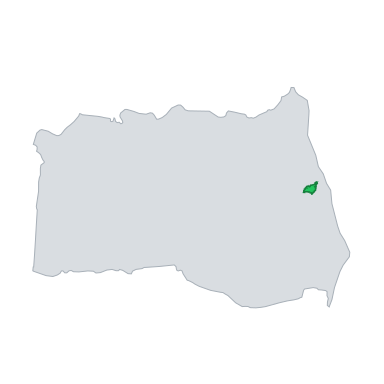 location of Agona West Municipal, Central, Ghana, rotated 274°
{"feature_id": "2480657B39435178884870", "entity_name": "Agona West Municipal", "entity_type": "district", "adm_level": 2, "iso_a3": "GHA", "parent_name": "Ghana", "parent_adm1": "Central", "projection": "albers", "projection_center": [-0.776, 5.629], "detail": "fine", "context": "in_parent", "style": "filled", "palette": "green", "viewbox_px": 384, "rotation_deg": 274, "n_neighbors": 0, "source": "geoboundaries", "source_scale": "gbopen_adm2", "svg_char_len": 5158}
<svg xmlns="http://www.w3.org/2000/svg" viewBox="0 0 384 384"><g transform="rotate(274 192 192)"><path d="M239.9,33.0L243.1,36.0L243.8,37.7L242.6,44.3L240.3,48.8L238.8,53.1L239.0,55.2L240.4,57.4L245.3,60.7L247.8,62.9L250.7,66.2L254.1,69.5L259.9,73.7L262.3,74.4L262.2,75.6L261.4,77.2L260.9,92.9L260.5,96.9L260.1,99.0L259.6,104.9L258.9,105.7L257.8,105.6L256.8,105.9L256.6,107.0L257.0,108.2L260.5,109.1L259.7,110.0L257.1,110.8L256.0,112.5L256.5,114.5L255.1,116.2L255.5,117.3L256.4,118.1L257.9,117.8L261.9,115.0L263.6,114.7L265.8,115.3L269.7,119.4L269.8,121.4L268.3,128.4L266.7,133.7L266.4,140.8L268.1,144.8L267.9,147.0L266.1,148.9L262.1,151.7L262.4,153.6L264.2,157.1L267.6,161.0L274.3,165.8L277.8,172.1L277.9,174.6L275.9,177.2L273.5,179.4L272.7,182.6L273.8,203.7L268.6,212.9L268.5,215.5L269.1,218.5L270.5,220.4L273.2,220.9L275.4,222.6L274.6,229.0L273.5,235.6L273.3,238.8L272.6,240.3L270.6,241.5L269.8,243.6L270.3,246.1L269.9,248.0L271.1,250.5L273.5,253.5L277.4,261.1L278.8,261.7L279.5,263.3L279.1,264.8L280.6,268.1L284.9,271.5L289.4,274.4L293.1,274.8L294.0,277.4L296.4,280.7L298.1,282.2L300.9,283.1L303.2,283.6L303.3,286.4L299.2,288.4L296.4,291.3L294.3,295.7L291.4,300.6L281.3,303.1L277.4,303.2L256.7,303.3L237.3,312.9L226.1,316.3L219.2,321.7L210.0,325.6L203.5,330.2L190.1,332.4L168.1,339.7L161.2,342.6L154.2,347.7L142.9,353.6L138.4,353.5L129.6,347.9L122.9,345.1L106.6,340.8L94.4,339.1L88.5,337.3L86.9,336.9L88.3,334.9L91.7,334.8L95.3,335.4L98.0,333.9L102.0,333.7L103.0,332.2L103.3,328.1L103.3,324.9L104.7,323.4L105.1,319.6L103.1,311.1L101.8,310.2L94.7,308.9L94.1,307.3L92.9,305.5L91.5,301.1L90.0,294.6L87.5,286.6L82.8,273.3L81.7,268.6L80.9,263.8L80.7,258.1L81.7,255.9L81.6,253.0L81.2,250.1L84.5,243.3L91.2,235.1L92.6,232.1L93.8,230.0L94.0,227.1L95.2,217.4L98.4,205.8L100.3,201.4L101.7,199.0L103.3,195.1L103.7,193.3L109.8,188.8L112.6,187.6L113.2,185.8L112.3,183.8L112.7,182.5L114.1,181.8L116.4,181.3L118.0,179.4L115.5,165.0L113.5,150.7L113.4,149.5L112.1,147.5L110.9,141.6L108.9,138.2L106.1,137.2L106.1,133.9L109.0,128.4L109.7,125.2L108.4,124.2L108.2,121.7L109.2,117.7L108.7,115.2L108.2,112.5L105.2,106.2L104.5,101.8L106.1,99.2L106.0,93.6L104.4,84.8L104.2,79.3L105.3,77.0L104.8,74.8L102.6,72.7L102.5,70.7L104.3,68.8L104.1,67.2L101.8,66.1L99.8,63.4L98.0,59.1L98.4,52.3L101.8,39.8L102.3,38.7L106.1,38.8L106.2,39.3L118.3,39.3L132.1,39.2L148.6,39.0L163.6,38.9L164.2,38.3L166.7,37.7L181.9,38.9L191.3,38.3L195.4,38.7L198.3,39.6L204.8,39.1L208.3,39.4L211.0,42.5L212.0,42.5L213.5,41.1L216.1,39.6L218.8,38.4L220.7,36.0L221.8,34.1L223.6,34.5L226.1,34.4L227.7,32.8L228.4,30.4L239.9,33.0Z" fill="#d9dde1" stroke="#a8b0b8" stroke-width="1"/><path d="M204.5,315.3L204.4,315.2L204.5,315.2L204.8,315.0L205.3,314.6L205.8,314.1L205.9,314.3L205.8,314.5L205.9,314.8L205.9,315.0L206.1,315.2L206.2,315.3L206.3,315.4L206.5,315.5L206.7,315.4L206.8,315.3L207.0,315.3L207.1,315.2L207.3,315.1L207.5,315.0L207.6,314.9L207.8,314.9L208.0,314.9L208.0,315.1L208.1,315.4L208.2,315.5L208.3,315.6L208.7,315.7L208.8,315.8L209.0,315.9L208.9,316.0L209.1,316.3L209.3,316.3L209.5,316.4L209.7,316.2L209.8,316.2L210.0,316.1L210.3,316.0L210.3,315.9L210.5,315.8L210.4,315.8L210.4,315.7L210.5,315.8L210.5,315.7L210.4,315.7L210.4,315.4L210.4,315.2L210.5,315.2L210.4,315.0L210.4,314.9L210.2,314.7L210.2,314.8L210.1,314.7L209.9,314.6L209.6,314.5L209.5,314.4L209.4,314.4L209.2,314.4L209.3,314.2L209.0,314.1L208.5,313.9L208.3,313.9L208.1,313.8L208.0,313.7L207.9,313.5L207.8,313.3L207.8,313.1L207.9,312.7L207.5,312.0L207.5,311.8L207.4,311.7L207.4,311.2L207.2,311.0L207.1,310.9L207.1,310.7L207.0,310.4L207.1,310.1L207.1,309.9L206.9,309.8L206.9,309.7L206.7,309.5L206.6,309.4L206.4,309.4L206.2,309.5L205.8,309.5L205.6,309.4L205.5,309.2L205.4,308.9L205.6,308.7L205.7,308.4L205.7,308.1L205.7,307.9L205.7,307.7L205.8,307.5L205.9,307.2L206.0,307.2L205.8,306.9L205.6,306.6L205.5,306.3L205.5,306.0L205.5,305.9L205.2,305.8L205.0,305.7L204.7,305.6L204.4,305.6L204.3,305.9L204.2,306.0L204.2,305.9L204.1,305.7L204.1,305.4L204.1,305.2L204.0,304.9L203.7,305.0L203.4,304.9L203.1,304.8L202.7,304.7L202.8,304.0L202.4,304.0L201.9,304.0L201.8,303.9L201.7,303.7L201.4,303.5L201.2,303.4L200.5,303.4L200.1,303.4L199.7,303.4L199.4,303.3L199.4,303.6L199.6,303.9L199.6,304.0L199.5,304.3L199.8,304.3L200.0,304.3L200.2,304.5L200.3,304.6L200.2,304.8L200.1,305.5L200.2,305.8L200.2,306.0L200.3,306.5L200.2,306.7L200.3,306.9L200.2,307.1L200.3,307.4L200.3,307.5L200.2,307.5L200.1,307.9L200.0,308.1L200.0,308.3L200.2,308.5L200.3,308.6L200.3,309.0L200.1,309.3L200.1,309.5L199.9,309.7L199.6,309.8L199.4,309.9L199.4,310.0L199.3,310.3L199.3,310.5L199.4,310.8L199.5,311.0L199.2,311.1L199.1,311.3L199.0,311.5L198.9,311.6L198.8,311.8L198.7,311.8L198.5,311.7L198.4,311.7L198.2,311.7L198.2,311.8L198.6,312.0L198.8,312.1L198.9,312.3L199.1,312.4L199.2,312.5L199.3,312.4L199.4,312.5L199.5,312.5L199.9,312.9L200.0,312.9L200.0,313.0L200.3,313.1L200.4,313.3L200.3,313.5L200.5,313.8L200.8,313.9L200.9,314.0L201.0,313.9L201.3,313.9L201.3,314.0L201.5,314.1L201.8,314.3L202.0,314.4L202.1,314.6L202.1,314.8L202.3,315.1L202.5,315.1L203.0,315.0L203.3,315.1L203.9,315.0L204.0,315.3L204.3,315.3L204.5,315.3Z" fill="#22c55e" stroke="#15803d" stroke-width="1.5"/></g></svg>